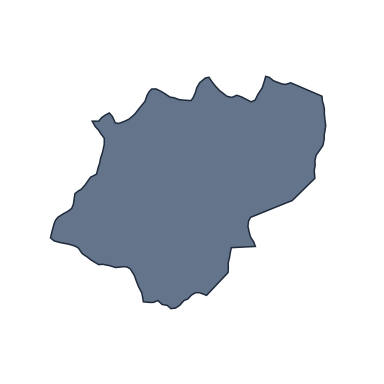 outline of Sales Oliveira, São Paulo, Brazil, rotated 167°
{"feature_id": "56859067B84294219247237", "entity_name": "Sales Oliveira", "entity_type": "district", "adm_level": 2, "iso_a3": "BRA", "parent_name": "Brazil", "parent_adm1": "São Paulo", "projection": "robinson", "projection_center": [-47.84, -20.825], "detail": "fine", "context": "isolated", "style": "filled", "palette": "slate", "viewbox_px": 384, "rotation_deg": 167, "n_neighbors": 0, "source": "geoboundaries", "source_scale": "gbopen_adm2", "svg_char_len": 1930}
<svg xmlns="http://www.w3.org/2000/svg" viewBox="0 0 384 384"><g transform="rotate(167 192 192)"><path d="M340.2,179.2L337.5,175.5L332.3,172.6L324.8,169.3L320.6,167.1L317.5,165.1L315.2,162.7L312.9,156.7L308.4,151.9L305.8,148.6L302.5,145.3L299.2,142.2L295.1,141.6L291.7,140.0L288.5,138.6L283.5,135.6L278.8,135.0L275.1,134.6L272.0,133.4L269.4,130.9L266.9,123.5L266.4,118.7L265.4,111.8L263.6,104.8L263.8,100.0L264.1,95.9L257.7,93.8L254.2,93.1L249.6,93.9L246.4,89.1L241.6,87.1L238.8,83.1L234.1,82.6L229.3,84.4L224.4,88.0L220.1,88.7L215.7,91.7L211.1,93.1L207.2,92.1L201.1,88.0L175.0,105.4L173.8,109.4L172.6,114.9L170.0,120.1L168.5,123.9L166.2,128.9L142.5,124.7L143.1,129.5L145.1,134.9L145.3,140.4L145.2,146.0L143.5,150.8L140.7,154.1L105.8,159.7L96.3,161.1L69.2,177.7L68.1,185.3L66.0,190.3L65.1,195.0L62.8,199.9L57.6,204.5L53.9,208.0L51.3,213.8L50.2,218.3L48.7,221.6L46.8,226.5L46.2,232.5L45.5,238.0L44.4,243.0L44.2,247.2L44.5,251.0L43.8,256.1L71.2,276.2L76.8,275.8L79.9,277.0L82.7,278.8L87.6,282.1L90.9,286.3L94.2,288.1L96.8,283.3L100.1,277.8L105.7,272.4L109.9,267.3L114.2,266.6L122.2,273.4L126.6,276.2L131.9,275.2L136.4,277.4L142.1,284.3L145.3,289.7L148.0,295.5L149.7,300.0L153.3,300.1L159.7,296.9L163.6,292.9L166.6,287.7L169.6,283.8L172.3,281.3L176.8,282.6L180.1,283.6L183.7,284.9L188.3,287.9L192.2,289.5L195.8,293.4L199.4,296.9L203.8,300.5L208.1,301.4L211.2,299.4L214.2,296.1L217.4,290.9L221.3,287.9L225.8,284.4L229.6,281.2L232.8,279.3L237.1,277.1L242.3,276.0L247.9,275.3L251.2,276.6L252.6,283.5L254.8,287.6L259.1,286.5L263.1,284.9L267.1,282.0L273.3,283.5L271.6,277.6L269.2,273.4L267.8,269.5L265.4,264.0L266.9,257.9L270.2,250.9L273.5,245.5L275.5,240.8L277.9,237.0L281.0,230.9L287.6,229.2L290.6,226.5L294.8,222.7L299.1,219.7L302.8,218.5L306.5,216.7L308.6,211.2L310.3,206.8L312.9,203.1L316.8,201.3L322.0,199.8L328.3,197.6L331.4,195.1L333.6,191.9L337.0,185.6L340.2,179.2Z" fill="#64748b" stroke="#1e293b" stroke-width="1.5"/></g></svg>